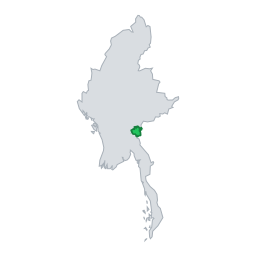 Bawlake, Kayah, Myanmar (highlighted)
{"feature_id": "60261553B12408734015728", "entity_name": "Bawlake", "entity_type": "district", "adm_level": 2, "iso_a3": "MMR", "parent_name": "Myanmar", "parent_adm1": "Kayah", "projection": "albers", "projection_center": [97.439, 18.919], "detail": "fine", "context": "in_parent", "style": "filled", "palette": "green", "viewbox_px": 256, "rotation_deg": 0, "n_neighbors": 0, "source": "geoboundaries", "source_scale": "gbopen_adm2", "svg_char_len": 6178}
<svg xmlns="http://www.w3.org/2000/svg" viewBox="0 0 256 256"><path d="M167.4,114.1L164.7,112.8L162.8,114.0L159.8,113.6L160.2,116.2L158.5,117.1L155.5,116.9L153.7,120.8L147.5,121.9L143.4,121.2L141.1,124.7L141.0,128.7L139.9,131.1L140.4,135.3L137.7,136.4L136.1,136.2L137.0,138.1L139.0,138.9L140.3,143.2L139.9,144.9L148.4,154.8L151.1,162.7L153.1,161.6L153.7,162.4L152.9,164.5L150.3,166.1L149.9,174.3L145.6,176.4L145.8,179.1L146.3,181.1L150.2,186.6L154.5,190.3L156.9,194.3L157.5,200.1L156.9,202.6L158.0,206.1L160.3,208.4L162.9,217.6L157.9,225.8L152.7,231.2L152.1,236.8L150.4,238.7L149.6,237.0L149.2,231.0L151.7,227.3L152.4,220.0L154.0,218.4L153.2,217.7L151.2,218.2L151.8,212.4L150.7,212.1L151.6,210.9L150.3,201.0L146.4,194.2L145.8,191.2L145.2,195.2L144.8,194.4L144.6,189.0L142.4,183.0L142.6,182.5L143.6,183.0L142.7,181.7L141.9,182.0L141.2,180.6L140.0,168.2L138.5,166.5L139.1,161.2L140.2,159.8L136.1,160.4L134.2,155.9L134.0,153.4L130.0,149.7L130.7,150.9L130.0,152.1L130.7,154.2L129.0,158.1L127.3,159.9L125.1,160.6L123.3,159.4L123.0,157.4L122.3,157.3L123.8,161.3L117.2,164.6L116.2,166.9L112.8,169.9L111.8,169.5L112.4,165.4L110.3,168.7L107.6,168.7L107.1,164.3L105.9,166.8L104.3,167.6L104.9,160.3L104.5,162.4L101.8,165.3L99.2,166.2L99.9,160.1L103.5,150.6L103.8,147.4L102.1,139.7L99.2,133.2L100.1,133.1L98.1,131.2L97.9,126.4L96.7,128.1L96.5,131.1L94.0,129.5L91.6,125.3L92.6,124.9L95.4,127.0L97.0,125.9L97.4,124.6L93.1,120.4L94.2,118.8L92.8,118.8L89.0,116.7L88.0,117.1L88.4,118.8L87.6,119.3L86.2,116.6L87.3,115.3L86.4,115.3L87.0,113.0L86.7,112.6L84.9,115.6L83.8,114.9L85.0,113.4L84.6,112.4L83.0,110.6L83.1,113.8L79.3,108.6L77.3,101.6L79.0,99.8L82.0,102.0L82.0,93.4L83.3,91.6L86.4,93.2L87.3,91.0L88.5,90.5L87.9,84.6L88.9,80.8L91.0,80.2L91.5,77.1L91.9,73.0L91.0,68.3L92.9,69.5L95.0,69.1L99.9,70.8L101.8,65.5L106.6,56.7L104.9,54.7L105.2,53.5L109.3,48.9L111.4,44.8L110.6,41.1L111.5,38.1L115.2,36.3L123.2,30.3L129.1,29.5L131.5,31.9L133.1,32.1L130.7,26.4L135.7,22.2L135.6,18.9L137.9,15.4L139.2,15.5L140.4,17.2L141.7,17.2L144.0,19.8L146.2,26.8L147.9,25.5L150.0,26.6L151.1,37.0L150.5,43.2L149.2,44.6L150.2,47.1L148.1,48.0L146.7,50.5L144.6,50.7L143.1,54.0L141.0,54.5L139.9,57.2L140.1,59.1L138.4,60.3L137.8,63.7L139.3,65.1L139.8,66.9L138.2,70.7L139.6,70.9L145.4,68.3L149.6,68.8L152.4,68.1L150.6,70.8L152.4,74.1L152.8,79.4L159.0,80.8L160.0,82.1L158.7,83.8L156.6,92.3L164.8,93.3L165.1,96.6L166.8,97.8L167.1,99.6L168.2,100.1L172.6,100.0L175.2,97.7L178.5,96.7L178.7,98.5L178.0,99.9L174.4,101.9L172.0,105.8L171.8,106.7L173.0,107.4L168.8,109.0L167.4,114.1ZM94.2,123.1L96.8,124.7L96.3,125.9L94.6,125.9L93.4,123.8L94.2,123.1ZM147.2,206.9L149.0,209.4L147.3,211.0L147.2,206.9ZM93.7,133.7L92.3,132.7L91.4,131.4L94.4,131.5L93.7,133.7ZM149.8,217.4L149.9,220.6L148.8,220.3L148.0,217.6L149.8,217.4ZM103.2,166.2L101.4,168.3L101.2,166.5L103.7,164.0L103.2,166.2ZM138.4,163.6L137.3,163.0L137.2,161.1L138.0,160.6L138.7,161.5L138.4,163.6ZM146.2,221.4L146.0,220.3L147.1,217.7L146.9,220.0L146.2,221.4ZM145.6,227.4L147.1,229.8L146.8,230.3L145.4,228.4L144.5,228.5L145.6,227.4ZM150.8,215.6L149.2,216.3L149.1,214.1L150.8,215.6ZM147.1,238.5L145.0,240.6L145.3,239.5L147.1,238.5ZM85.7,116.9L86.4,119.6L85.2,116.4L85.7,116.9ZM147.2,201.8L147.2,203.8L146.6,200.6L147.2,201.8ZM91.7,119.0L91.9,120.6L90.9,118.2L91.7,119.0ZM145.2,213.3L144.0,212.3L144.4,211.6L145.0,211.7L145.2,213.3ZM144.3,210.4L143.5,211.7L142.8,210.9L143.4,210.4L144.3,210.4ZM144.5,218.3L144.5,219.5L143.7,216.8L144.5,218.3ZM106.0,168.7L105.2,168.6L106.3,167.3L106.4,167.8L106.0,168.7ZM150.1,227.6L149.3,227.4L149.9,226.1L150.1,227.6Z" fill="#d9dde1" stroke="#a8b0b8" stroke-width="1"/><path d="M141.4,127.6L141.1,127.8L140.8,127.8L140.7,128.0L140.6,128.3L140.3,128.3L140.2,128.4L139.9,128.4L139.7,128.4L139.4,128.3L139.4,128.2L139.2,128.1L139.1,127.9L139.0,127.7L139.1,127.4L138.9,127.4L138.7,127.2L138.4,127.1L138.4,126.9L138.3,126.7L138.2,126.5L138.0,126.3L137.9,126.3L137.8,126.2L137.7,126.2L137.4,126.2L137.2,126.2L137.0,126.3L137.0,126.9L137.1,127.0L137.0,127.3L136.8,127.4L136.7,127.3L136.5,127.6L136.4,127.6L136.2,127.7L136.1,127.9L136.0,127.7L135.9,127.5L135.9,127.4L135.9,127.2L135.6,126.9L135.6,126.7L135.4,126.7L135.4,126.8L135.5,126.8L135.4,126.9L135.2,127.0L134.8,127.1L134.7,127.0L134.6,126.9L134.4,126.9L134.4,127.0L134.4,127.5L134.3,127.9L134.4,128.0L134.5,128.2L134.5,128.4L134.5,128.5L134.4,128.7L134.4,128.8L134.4,129.0L134.4,129.3L134.2,129.3L134.0,129.2L134.0,129.3L134.0,129.2L133.9,129.3L133.7,129.3L133.7,129.2L133.4,129.0L133.2,129.0L132.9,129.1L132.9,129.4L132.8,129.5L132.7,129.6L132.4,129.6L132.1,129.7L131.9,129.8L131.7,129.9L131.2,130.1L131.1,130.3L131.4,130.8L131.4,131.0L131.5,131.1L131.8,131.3L131.9,131.5L131.7,131.7L131.8,131.8L132.0,131.9L132.1,132.0L132.3,132.5L132.2,132.6L132.3,132.6L132.4,132.9L132.5,133.0L132.6,133.3L132.7,133.5L132.8,133.7L132.8,133.8L132.9,134.0L133.1,134.1L133.3,134.0L133.5,134.1L133.8,134.1L134.0,134.2L134.3,134.2L134.5,134.2L134.8,134.1L135.0,134.1L135.3,134.1L135.4,134.3L135.5,134.4L135.5,134.5L135.7,134.8L135.8,135.0L136.0,135.3L136.0,135.7L136.4,135.6L136.5,135.7L136.7,135.9L136.7,136.1L136.8,136.2L136.8,136.3L136.9,136.5L137.0,136.5L137.1,136.4L137.3,136.3L137.3,136.2L137.4,136.3L137.5,136.4L137.6,136.5L137.7,136.4L137.8,136.4L137.8,136.5L137.8,136.4L137.9,136.5L138.0,136.4L138.0,136.2L138.3,136.1L138.5,136.0L138.5,135.9L138.8,135.8L138.9,135.7L139.0,135.6L139.3,135.5L139.4,135.4L139.6,135.4L139.6,135.5L139.8,135.5L140.0,135.5L140.1,135.4L140.3,135.4L140.4,135.5L140.6,135.4L140.6,135.2L140.7,134.9L140.7,134.7L140.6,134.4L140.7,134.2L140.6,133.9L140.5,133.7L140.4,133.5L140.4,133.4L140.5,133.4L140.6,133.2L140.4,133.1L140.4,132.9L140.4,132.7L140.3,132.4L140.4,132.2L140.3,131.9L140.3,131.7L140.2,131.7L139.9,131.5L139.8,131.4L139.7,131.3L139.7,131.2L139.5,130.9L139.8,130.8L139.9,130.7L140.0,130.7L140.3,130.5L140.2,130.5L140.3,130.4L140.2,130.1L140.3,130.0L140.3,129.9L140.2,129.8L140.3,129.8L140.5,129.8L140.6,129.7L140.7,129.4L140.8,129.4L141.0,129.3L141.1,129.2L141.4,129.2L141.4,128.9L141.4,128.7L141.5,128.5L141.4,128.4L141.5,128.4L141.4,128.3L141.4,128.2L141.5,128.1L141.4,127.9L141.5,127.9L141.5,127.7L141.4,127.6Z" fill="#22c55e" stroke="#15803d" stroke-width="1.5"/></svg>